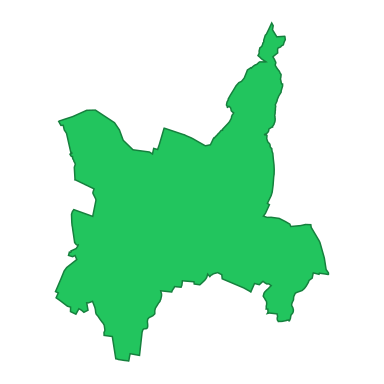 Simeria, Hunedoara, Romania (Mercator projection)
{"feature_id": "2599482B51970777066568", "entity_name": "Simeria", "entity_type": "district", "adm_level": 2, "iso_a3": "ROU", "parent_name": "Romania", "parent_adm1": "Hunedoara", "projection": "mercator", "projection_center": [23.018, 45.861], "detail": "fine", "context": "isolated", "style": "filled", "palette": "green", "viewbox_px": 384, "rotation_deg": 0, "n_neighbors": 0, "source": "geoboundaries", "source_scale": "gbopen_adm2", "svg_char_len": 5901}
<svg xmlns="http://www.w3.org/2000/svg" viewBox="0 0 384 384"><path d="M310.8,224.7L305.5,224.5L300.7,225.6L290.8,226.5L289.8,224.1L285.3,221.5L279.2,218.4L271.2,217.3L267.1,217.4L263.4,216.1L265.4,213.4L269.4,204.7L267.4,203.4L271.2,195.5L272.2,192.1L273.1,185.1L273.7,176.9L274.1,174.1L274.2,169.6L274.0,165.1L273.3,158.9L272.8,153.3L272.6,152.8L272.1,151.5L272.0,150.9L271.8,149.0L271.8,148.6L271.6,148.4L271.0,147.9L270.2,146.8L270.1,146.1L270.1,145.2L270.0,144.9L269.8,144.1L269.2,143.4L268.8,142.9L268.1,142.3L267.7,141.6L267.1,139.9L266.7,138.6L267.0,135.6L266.8,135.2L266.0,134.8L264.9,134.9L264.6,134.6L264.9,134.2L265.8,134.0L266.9,133.3L268.2,131.9L268.7,130.8L268.7,130.6L268.8,129.2L269.4,128.7L270.6,127.9L271.6,127.3L272.4,127.1L272.3,126.9L274.0,124.3L274.2,123.3L274.6,122.6L275.0,121.2L275.1,120.2L275.2,118.8L274.9,117.5L275.1,117.0L274.9,116.6L274.7,115.1L275.0,114.2L275.2,112.5L275.1,112.1L275.2,111.2L275.4,110.2L275.4,108.4L275.5,107.5L275.7,106.4L275.3,104.8L277.1,100.8L277.0,100.7L277.2,99.7L278.8,95.9L281.1,92.2L281.2,90.8L282.6,86.0L282.6,84.0L281.5,83.8L280.7,79.8L280.5,79.6L280.6,78.1L280.8,77.4L281.1,74.7L280.9,74.1L280.3,73.5L279.2,71.0L278.9,70.8L276.8,68.0L276.5,67.3L276.2,67.0L275.4,65.7L275.3,65.1L275.4,64.0L275.7,63.4L275.8,62.5L275.6,61.9L275.2,61.2L274.4,59.3L273.2,57.4L272.9,56.9L273.2,56.7L273.7,56.1L277.3,53.2L277.7,52.9L277.6,51.9L277.6,49.9L277.7,48.7L278.1,48.1L278.6,47.6L279.6,47.5L280.9,46.7L281.2,46.2L281.7,45.7L282.9,45.2L283.4,44.7L283.8,43.1L284.3,41.7L285.3,39.7L284.9,36.6L284.7,36.3L276.8,36.8L272.5,29.8L273.2,25.7L271.7,23.0L268.8,29.2L266.3,34.3L265.3,35.2L263.7,40.3L263.8,41.8L262.9,43.0L262.6,44.4L261.7,46.5L259.9,47.8L259.1,51.0L259.2,53.2L258.0,55.6L260.1,57.4L260.5,57.9L261.7,59.0L265.9,61.8L265.2,61.9L259.8,61.9L259.3,62.1L256.6,64.5L255.2,64.9L253.3,66.2L252.2,67.2L251.3,68.1L250.9,67.7L247.4,70.0L246.5,72.4L244.2,78.1L241.5,81.4L238.9,82.6L236.1,85.7L233.0,90.9L230.4,95.1L228.2,99.0L228.1,100.3L227.3,101.4L227.0,102.2L226.5,104.6L226.5,105.2L227.0,105.8L227.3,107.2L227.5,107.4L227.8,107.3L227.9,106.9L228.2,106.5L229.0,106.5L229.1,106.4L230.0,107.2L230.5,107.7L231.0,109.3L231.2,110.7L232.6,112.1L233.4,112.6L233.7,112.9L233.1,113.9L232.2,115.0L231.5,116.8L231.4,118.1L229.5,121.7L227.9,123.6L222.6,129.2L222.5,130.3L221.6,130.2L221.0,130.6L219.3,132.7L218.0,133.9L217.0,135.2L216.4,135.7L214.4,137.8L214.2,138.1L213.9,137.9L213.1,139.1L211.9,141.8L210.4,144.8L205.3,145.8L197.7,141.5L193.4,139.0L191.3,137.9L186.1,135.7L184.4,134.8L183.2,134.5L164.4,128.2L164.1,128.2L159.3,144.6L157.6,149.5L153.7,148.4L152.5,154.0L149.4,152.0L133.0,149.8L123.2,140.3L119.4,129.9L114.5,122.7L95.4,110.1L86.7,110.3L72.7,116.6L59.8,120.8L58.7,121.4L60.9,125.4L63.2,125.3L64.3,130.0L65.6,131.9L66.5,133.3L70.8,152.4L71.5,152.4L71.9,153.2L71.5,153.7L70.3,153.8L70.0,154.3L71.0,156.0L71.7,156.5L72.5,156.5L72.7,158.6L73.2,159.5L73.7,160.2L74.0,161.6L74.6,162.3L75.3,164.2L75.0,165.3L74.3,167.3L75.0,179.3L74.9,179.7L75.0,179.7L94.1,188.9L93.2,191.4L92.9,192.6L93.0,193.5L95.5,198.5L95.9,199.6L95.9,200.5L92.7,216.4L73.8,209.6L72.4,211.6L71.5,214.3L71.8,222.3L72.1,225.7L72.4,226.8L72.8,230.0L73.3,233.3L73.8,236.7L74.6,242.3L74.8,242.2L75.2,243.2L76.0,244.3L77.0,245.0L77.7,245.3L78.1,245.1L78.0,245.7L77.1,247.2L76.1,248.6L71.0,250.9L71.1,251.2L71.2,251.7L71.0,252.0L70.4,252.3L69.4,252.1L68.5,255.4L72.7,256.7L75.0,255.5L76.8,259.5L66.7,267.5L64.2,270.9L60.9,279.0L55.5,291.6L58.3,292.9L56.1,297.8L59.4,300.1L60.5,300.9L67.4,306.2L70.6,307.1L70.5,311.6L75.9,314.2L78.9,308.7L81.6,310.3L83.9,312.3L88.0,310.2L86.7,302.8L88.3,302.9L91.6,301.7L92.0,301.5L92.5,301.3L93.9,304.9L94.9,307.5L95.4,309.7L95.7,312.4L96.1,313.9L96.4,314.4L98.0,316.2L99.7,318.8L101.8,321.7L103.0,323.1L104.2,325.2L104.9,330.0L104.8,330.7L104.0,332.5L104.1,335.4L112.3,336.5L115.8,358.8L117.5,359.1L118.3,359.5L121.1,359.9L124.0,360.4L128.5,360.9L128.7,361.0L128.8,360.8L129.7,355.7L130.1,353.7L139.5,355.4L142.1,332.1L143.0,329.5L143.8,328.9L146.5,328.6L147.4,327.8L147.7,326.4L147.7,326.1L147.7,324.9L147.6,323.6L147.4,322.0L147.4,321.2L147.8,319.0L149.1,317.6L149.4,317.4L150.8,316.8L152.9,315.7L154.4,314.2L154.8,313.8L154.8,313.3L154.8,311.5L154.8,310.6L155.4,308.2L158.8,302.7L159.5,302.0L160.1,301.0L160.0,300.8L160.8,299.2L161.1,297.7L161.5,296.0L161.6,294.8L161.5,293.6L161.0,292.2L160.7,290.8L171.7,292.0L172.3,290.4L173.1,289.2L174.0,287.9L174.6,286.6L181.1,287.2L181.9,285.1L182.4,280.8L194.0,281.8L194.2,284.0L199.8,284.8L201.3,283.5L204.6,280.4L205.5,279.3L206.6,277.6L207.0,276.5L207.7,274.1L208.2,274.7L208.4,275.0L208.6,275.2L209.1,275.7L209.8,276.6L210.8,275.4L211.0,275.2L211.8,274.9L212.7,274.2L214.0,273.6L217.7,272.6L221.8,274.7L222.2,278.8L243.7,287.9L250.2,291.5L250.6,291.9L250.8,292.0L254.5,283.5L259.3,284.7L263.0,281.3L264.7,282.7L266.9,284.0L268.6,283.8L271.2,285.6L270.4,286.4L269.5,287.3L268.9,288.0L267.8,289.1L266.9,289.8L265.0,291.7L264.4,292.5L263.9,293.4L263.9,293.7L263.2,296.1L263.7,297.0L264.7,298.5L265.4,299.9L266.1,300.8L266.6,302.0L266.6,303.0L266.7,303.7L266.6,304.5L266.5,305.1L266.3,305.8L266.2,307.0L266.3,307.8L266.2,308.5L266.1,309.0L267.8,309.1L267.8,309.4L267.9,310.2L268.0,311.7L267.9,312.3L267.7,312.8L267.3,313.5L269.3,313.0L277.1,313.9L277.4,315.5L277.6,316.8L277.3,317.4L277.2,318.4L277.2,319.1L277.4,320.0L277.6,320.4L278.1,321.0L278.3,321.5L282.0,321.4L286.5,320.5L286.7,320.3L288.6,320.0L289.3,321.4L289.3,321.1L290.4,318.5L290.9,315.3L292.9,312.7L293.3,311.2L293.4,309.9L292.8,307.6L291.7,305.6L291.7,304.0L292.3,302.3L293.5,299.8L293.5,299.3L293.7,296.7L295.3,293.2L297.1,292.3L302.1,290.5L304.4,288.5L306.2,286.1L308.3,282.5L309.1,280.4L312.2,278.1L313.2,273.0L313.3,272.9L319.0,274.3L319.4,273.2L325.3,274.0L328.1,274.5L328.4,274.4L328.5,274.2L328.4,272.8L326.1,269.5L324.4,258.5L324.1,257.2L320.0,242.7L319.3,241.1L311.2,227.4L310.8,224.7Z" fill="#22c55e" stroke="#15803d" stroke-width="1.5"/></svg>